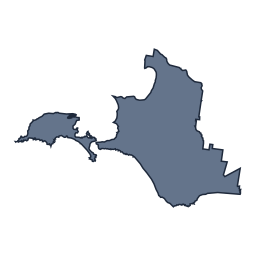 Bass Coast, Victoria, Australia
{"feature_id": "25037944B92127790017854", "entity_name": "Bass Coast", "entity_type": "district", "adm_level": 2, "iso_a3": "AUS", "parent_name": "Australia", "parent_adm1": "Victoria", "projection": "orthographic", "projection_center": [145.362, -38.485], "detail": "fine", "context": "isolated", "style": "filled", "palette": "slate", "viewbox_px": 256, "rotation_deg": 0, "n_neighbors": 0, "source": "geoboundaries", "source_scale": "gbopen_adm2", "svg_char_len": 5798}
<svg xmlns="http://www.w3.org/2000/svg" viewBox="0 0 256 256"><path d="M207.4,193.4L217.7,192.5L240.1,194.3L240.5,193.1L240.0,192.4L240.5,191.9L239.5,190.8L239.6,190.1L240.5,190.2L240.6,189.8L239.9,190.1L239.6,189.7L239.8,189.3L239.2,188.5L239.5,188.1L239.3,187.6L239.5,186.1L237.5,186.4L237.4,185.8L240.2,168.3L224.8,176.6L223.4,174.9L227.2,161.9L221.3,161.2L222.9,149.9L212.3,148.5L212.8,144.6L209.9,144.2L209.0,149.8L202.8,148.9L203.5,143.5L203.5,140.7L203.1,140.5L202.8,138.1L202.4,138.1L202.1,137.1L201.5,136.5L201.9,135.1L201.2,134.8L200.8,133.1L199.9,132.9L199.4,131.8L197.0,130.8L196.1,129.7L195.7,129.1L195.8,128.1L195.0,126.3L195.6,126.5L196.3,120.9L195.6,120.8L195.8,119.3L199.6,119.7L199.7,116.9L198.8,116.8L201.0,101.7L201.5,100.9L201.1,100.9L202.7,90.9L201.5,89.4L201.1,87.8L202.1,85.8L202.0,84.9L201.6,84.6L201.8,83.8L200.8,82.7L194.7,81.7L192.4,80.1L189.0,77.1L187.5,75.2L186.7,71.3L185.8,70.0L182.6,70.5L181.0,69.3L180.8,68.4L180.2,68.4L179.2,67.5L169.6,65.0L168.0,63.4L166.8,61.2L166.6,59.1L165.9,57.9L164.7,57.3L161.9,54.6L160.6,54.1L157.4,50.4L154.3,49.2L153.1,56.5L146.3,55.4L144.7,60.0L145.0,60.9L144.6,68.0L144.8,68.4L146.5,67.7L147.4,66.7L149.4,66.7L152.4,67.6L154.1,68.8L155.9,71.7L156.3,72.8L156.4,74.9L156.1,78.0L155.3,80.4L155.3,81.9L154.4,83.7L153.1,88.0L151.4,90.7L150.8,92.5L145.5,99.1L144.2,99.8L141.1,100.1L139.5,100.2L136.3,99.4L135.2,98.2L134.6,96.8L133.7,96.3L126.7,96.9L124.9,98.5L123.2,98.1L121.9,96.9L120.8,96.6L116.8,97.6L115.5,96.7L113.0,96.1L115.2,98.4L116.5,100.7L118.3,105.0L118.6,107.5L118.4,109.1L116.8,111.4L117.2,113.0L117.2,115.4L116.8,118.1L115.2,121.1L113.4,122.4L116.5,123.7L118.1,126.0L118.4,126.6L117.9,126.9L117.7,128.3L118.0,128.5L118.8,131.4L118.0,131.8L117.9,132.6L117.0,132.6L117.4,133.2L116.7,134.5L116.3,136.9L114.0,139.3L111.9,139.5L109.4,140.6L107.2,140.6L104.4,142.0L102.2,141.8L100.3,142.2L96.4,142.4L96.1,142.6L96.3,143.8L98.3,145.0L98.3,146.8L98.8,148.6L100.2,149.4L101.0,149.1L101.2,148.6L102.8,148.5L104.6,148.8L105.6,148.5L107.0,149.0L107.5,148.7L109.2,149.3L110.6,149.0L111.0,149.6L111.7,149.2L113.5,149.4L115.3,148.8L115.7,150.0L117.2,149.5L118.2,150.0L118.3,150.6L118.8,150.1L120.4,150.9L120.6,151.9L122.2,151.9L123.7,153.7L124.7,153.6L125.3,154.3L126.1,153.7L126.5,154.4L127.2,154.1L128.6,155.1L129.5,154.5L130.3,155.0L131.1,154.8L133.0,155.8L133.2,156.9L133.8,156.5L134.4,156.8L140.3,163.8L143.0,168.2L146.9,172.9L151.5,179.2L154.0,183.8L156.1,189.4L157.9,192.8L158.8,195.6L159.4,195.8L160.6,197.3L162.3,197.2L164.4,198.5L166.3,201.2L167.7,202.5L170.0,203.4L173.4,206.8L174.4,205.9L176.1,205.7L176.9,204.8L178.0,205.2L178.5,204.6L179.9,204.4L181.8,205.1L182.3,204.3L183.0,204.6L183.5,204.2L184.3,204.6L184.6,205.3L185.3,204.9L185.5,205.6L188.0,206.5L188.0,206.0L189.2,206.1L190.2,205.3L190.0,204.0L191.6,203.6L192.2,203.8L192.5,203.4L194.1,203.9L193.7,202.7L194.8,202.0L195.0,201.2L196.8,200.3L197.4,198.5L199.5,195.7L202.6,194.5L205.7,194.3L207.4,193.4ZM84.9,136.8L82.8,137.2L82.5,137.8L81.5,137.4L81.4,137.9L81.0,138.0L79.2,137.3L75.7,137.1L74.9,136.0L75.0,134.0L75.9,132.7L77.4,132.9L78.2,131.6L77.2,129.9L77.7,128.1L77.1,127.9L75.8,129.5L73.8,129.3L73.1,128.5L73.0,126.0L75.0,124.3L76.6,120.5L79.2,120.0L79.1,117.6L77.3,117.5L74.8,116.6L74.5,117.0L73.6,117.0L72.8,116.4L72.3,116.5L71.9,117.7L69.8,118.3L69.7,118.0L71.6,117.4L71.7,116.6L71.1,116.1L70.3,116.3L70.3,116.8L69.9,116.6L69.9,117.3L69.4,117.4L69.2,117.9L68.9,117.6L68.4,118.3L67.7,118.0L67.8,117.5L67.4,117.9L68.0,117.0L69.2,116.8L69.3,115.5L69.7,115.7L70.4,115.6L70.4,115.3L70.6,115.6L71.2,115.2L71.8,115.4L74.1,114.5L76.7,115.2L75.5,114.3L72.8,113.7L66.5,114.0L59.2,113.2L57.9,112.4L56.9,112.7L56.8,112.0L56.8,112.5L55.7,112.5L53.4,113.6L48.7,113.2L44.2,114.1L42.1,116.3L39.0,117.8L37.8,118.8L37.2,118.8L36.0,119.8L34.0,120.4L33.1,120.0L33.0,121.1L30.1,124.1L30.0,125.7L29.0,127.1L28.9,129.5L27.7,130.9L27.9,133.4L27.3,135.4L26.3,136.4L24.7,136.4L24.1,137.1L23.0,137.5L22.2,137.4L21.5,136.3L21.0,136.3L20.4,138.0L19.0,138.6L19.0,139.6L17.6,141.0L17.5,141.6L18.6,142.0L18.8,141.6L20.9,141.4L21.4,140.8L21.9,141.5L22.1,141.5L22.5,140.7L22.4,141.3L23.0,140.8L22.8,141.5L23.4,140.9L23.4,141.3L24.1,140.6L25.7,140.1L26.8,140.8L28.0,139.9L28.2,138.4L29.4,137.9L32.6,138.3L33.1,138.8L33.3,139.7L34.2,139.4L33.8,138.4L34.8,138.0L35.4,138.2L36.0,139.9L36.7,139.4L39.0,139.3L39.6,139.6L40.0,140.5L41.6,140.0L42.4,140.4L42.7,140.9L42.5,141.6L43.5,141.6L44.4,140.8L45.3,141.1L46.8,142.6L47.1,144.3L48.3,144.4L49.5,143.9L49.5,144.7L50.6,145.1L50.9,146.2L51.4,144.5L52.0,143.8L52.8,143.7L53.3,142.6L53.8,142.5L53.3,142.1L53.5,141.7L53.8,141.7L53.6,141.4L54.5,140.8L54.3,140.4L54.8,140.7L54.6,139.2L55.4,139.0L55.1,138.5L55.4,137.9L56.9,136.8L58.8,137.2L59.1,136.0L61.5,135.5L64.3,137.3L65.5,137.2L66.4,136.7L66.4,136.1L66.8,136.0L67.3,136.3L67.8,137.6L71.2,138.0L74.9,139.5L75.5,140.3L78.5,141.6L80.2,143.1L80.3,143.6L81.2,143.8L87.2,150.3L90.0,154.1L90.7,155.7L90.8,156.7L90.5,157.3L89.3,157.8L89.7,158.1L89.6,158.5L90.0,158.3L90.2,159.3L92.0,159.7L92.4,161.3L93.3,161.5L94.7,160.7L95.3,160.9L95.4,160.2L94.6,159.0L94.6,158.4L95.1,157.7L95.6,157.6L95.4,156.9L95.8,156.9L95.7,156.3L96.4,155.7L96.2,154.9L93.8,154.3L93.1,152.8L91.7,152.1L90.0,150.4L89.2,149.2L89.0,148.2L89.8,145.6L89.9,144.3L90.9,142.6L91.9,141.8L95.6,140.9L96.2,140.3L95.8,139.7L96.0,139.1L95.1,138.9L96.0,138.9L94.8,138.6L94.9,137.9L94.3,137.4L93.0,137.3L92.6,137.7L91.9,136.8L91.8,137.8L91.2,137.7L90.9,138.2L90.0,137.7L89.1,138.0L88.3,137.8L86.4,135.9L85.2,136.6L84.9,136.5L84.9,136.8ZM88.0,131.5L87.5,131.6L86.4,133.8L87.3,134.8L88.7,134.9L89.9,136.1L90.0,137.0L90.6,137.5L90.3,136.2L90.5,135.7L89.8,135.5L89.4,133.7L87.8,132.2L88.0,131.5ZM72.5,115.8L74.4,115.9L74.8,115.7L73.9,115.3L72.5,115.8ZM15.4,141.6L15.8,142.1L16.2,141.7L15.4,141.6Z" fill="#64748b" stroke="#1e293b" stroke-width="1.5"/></svg>